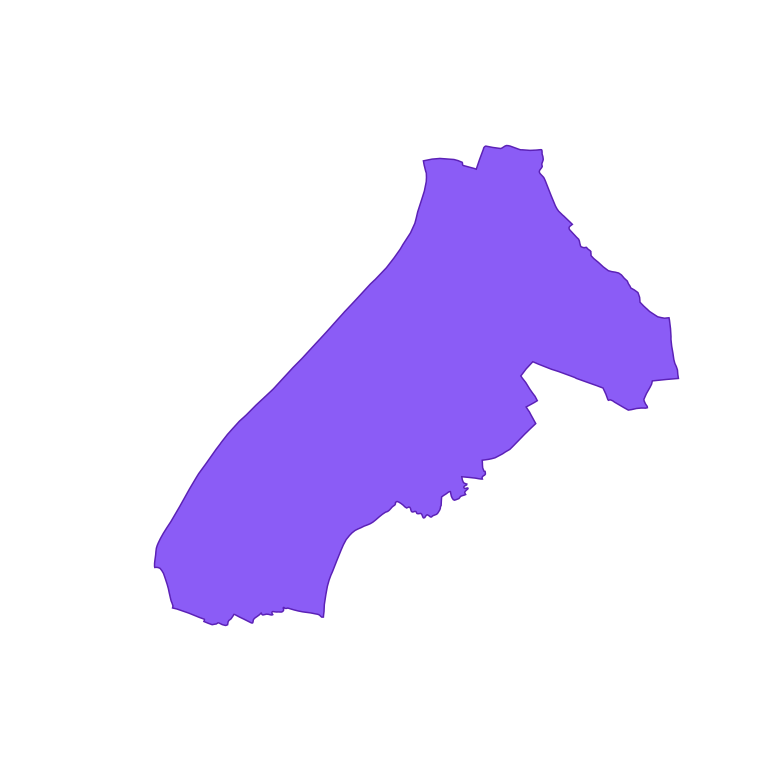 Sa Dec, Can Tho, Vietnam (Albers equal-area conic projection), rotated 245°
{"feature_id": "81297802B46621499872955", "entity_name": "Sa Dec", "entity_type": "district", "adm_level": 2, "iso_a3": "VNM", "parent_name": "Vietnam", "parent_adm1": "Can Tho", "projection": "albers", "projection_center": [105.732, 10.322], "detail": "fine", "context": "isolated", "style": "filled", "palette": "violet", "viewbox_px": 768, "rotation_deg": 245, "n_neighbors": 0, "source": "geoboundaries", "source_scale": "gbopen_adm2", "svg_char_len": 6127}
<svg xmlns="http://www.w3.org/2000/svg" viewBox="0 0 768 768"><g transform="rotate(245 384 384)"><path d="M569.6,514.0L565.4,512.9L559.2,511.7L557.3,511.5L553.3,509.8L549.5,507.8L541.8,502.1L535.9,496.7L525.8,487.3L520.7,483.3L516.6,479.9L509.7,471.8L502.1,459.6L501.7,459.1L499.3,455.6L494.0,446.3L488.3,435.2L482.2,419.6L482.2,419.4L480.4,414.0L471.5,392.3L466.0,378.4L465.7,377.8L462.5,370.2L455.5,353.9L446.0,330.7L441.8,320.5L437.4,308.6L426.3,281.6L424.4,275.9L418.9,259.0L414.1,246.0L411.4,237.2L408.0,229.1L404.5,220.9L399.8,211.7L398.9,210.2L395.7,204.1L387.1,189.1L381.1,178.2L378.4,174.1L370.9,163.1L370.6,162.7L359.4,147.2L349.3,132.6L345.3,126.1L341.8,120.7L338.4,116.0L335.4,112.3L333.5,110.2L331.4,108.3L328.9,106.7L325.6,104.8L321.1,101.9L318.5,100.3L315.8,99.0L314.6,98.7L314.1,100.1L313.1,101.7L311.6,103.1L308.7,103.8L305.5,104.1L300.6,103.6L294.0,102.8L289.8,102.1L285.5,101.1L279.5,99.8L277.4,99.4L275.2,99.3L272.4,99.0L271.5,98.6L270.4,97.7L267.7,101.1L258.9,110.2L250.6,117.9L246.9,121.6L246.6,121.8L245.6,121.2L244.9,120.4L241.7,123.3L238.5,126.5L237.8,129.3L237.4,130.5L237.7,132.7L237.2,133.4L234.3,135.7L232.2,138.2L232.0,138.8L231.9,140.5L234.3,142.2L235.2,143.4L235.8,146.1L237.6,149.2L238.6,150.5L238.2,151.3L233.8,154.6L229.9,157.8L224.3,162.2L223.4,163.0L223.0,163.8L223.1,164.2L224.0,164.9L224.7,165.4L225.3,165.8L225.7,166.2L226.1,167.1L226.6,168.6L226.8,170.0L227.2,172.1L227.4,173.1L227.8,174.4L228.1,175.2L228.3,175.8L226.8,176.0L226.1,176.3L225.8,176.8L225.3,179.1L225.2,180.0L224.8,180.7L224.2,181.8L222.8,183.5L222.2,184.4L222.0,184.9L222.0,185.7L222.9,185.6L223.6,185.6L224.0,185.7L224.6,186.1L224.8,186.6L224.7,187.2L223.7,188.7L222.8,190.2L222.1,191.9L221.3,193.4L220.7,194.6L220.6,195.4L220.7,196.2L221.2,197.2L222.0,197.7L222.8,197.9L223.4,197.9L223.9,198.3L223.9,198.6L223.6,199.0L222.8,199.3L222.4,199.6L222.1,200.2L221.7,201.2L221.7,201.8L221.3,202.5L219.9,204.0L217.1,207.2L214.5,210.4L211.8,214.1L207.6,220.7L204.5,224.9L203.4,226.5L202.6,227.3L201.8,227.9L200.5,228.4L199.5,228.8L199.0,229.1L198.7,229.8L198.5,230.4L198.4,230.6L200.0,231.5L203.2,233.5L209.3,236.7L217.7,242.3L224.6,247.2L229.6,251.5L233.1,255.0L235.7,258.0L243.6,266.3L251.5,274.8L255.4,279.2L259.0,284.0L261.3,288.7L262.6,292.1L263.5,295.9L263.6,298.8L263.5,302.5L263.6,305.9L263.3,309.5L263.2,312.5L263.5,315.5L264.3,318.9L265.6,323.4L266.6,327.4L267.2,331.3L267.0,332.5L267.0,333.8L267.4,335.5L268.1,337.2L269.1,339.5L269.5,341.3L269.7,342.6L270.5,343.7L271.6,344.2L272.0,345.2L272.0,346.2L270.7,347.5L268.4,349.0L265.8,350.3L264.0,350.9L262.1,352.1L262.0,353.4L262.0,354.5L261.3,355.3L259.9,355.4L258.5,355.1L257.1,355.0L256.2,355.4L255.8,356.1L255.6,357.2L255.5,358.2L254.9,359.0L253.6,359.1L252.8,359.1L252.0,360.0L251.5,361.6L251.2,362.6L250.1,363.1L249.0,363.1L247.4,363.0L246.4,363.0L245.8,363.4L245.7,364.4L246.3,365.5L247.1,366.7L247.2,367.9L246.4,368.5L245.4,369.2L244.2,369.7L243.5,370.4L243.5,371.2L243.9,372.3L243.9,373.3L243.7,376.6L244.1,377.9L245.1,379.5L246.3,381.3L247.5,382.5L248.9,383.3L249.7,384.4L254.6,387.0L257.3,388.5L257.8,391.0L258.2,394.2L258.7,396.3L258.8,397.6L258.7,398.1L258.4,398.7L256.5,398.2L253.8,397.6L251.8,397.6L249.9,397.9L248.9,398.8L248.7,400.3L248.6,402.1L248.5,403.4L249.0,404.5L249.8,405.9L249.7,407.8L249.4,409.7L249.3,411.3L250.7,411.2L251.8,411.4L252.5,412.5L253.1,414.3L253.5,415.7L254.0,416.1L254.6,415.6L255.0,413.4L255.6,412.8L256.5,412.6L257.1,413.0L257.5,414.0L257.6,415.1L257.6,416.2L258.3,416.8L259.1,415.9L260.3,414.8L261.3,414.4L262.5,414.4L263.9,414.5L266.4,415.1L267.1,415.3L263.2,421.9L260.1,427.0L258.2,429.7L256.9,431.7L256.3,433.0L257.5,433.2L258.3,433.9L258.8,435.3L258.9,436.7L259.5,437.8L260.6,438.3L262.1,438.7L262.7,437.8L266.3,438.0L269.0,439.0L270.6,439.7L273.4,440.8L271.5,447.0L270.8,450.0L270.2,453.4L270.3,455.9L270.6,462.0L271.1,465.2L271.6,470.5L273.4,475.5L276.1,482.6L278.9,489.9L281.5,497.3L284.0,504.8L294.6,504.1L297.1,504.0L301.6,503.3L303.1,503.1L303.4,508.0L303.7,512.5L304.1,515.9L308.9,515.7L313.1,514.8L317.6,514.0L325.4,513.1L331.0,511.8L333.5,511.4L335.4,515.1L337.6,519.2L339.8,524.6L341.3,528.3L336.7,532.4L331.0,537.8L326.6,542.0L321.7,547.3L313.0,556.0L309.1,559.8L307.9,560.6L299.1,569.5L293.3,575.4L287.8,580.8L281.0,580.8L275.3,580.3L274.4,580.5L274.1,582.3L272.2,584.1L270.1,585.3L261.4,591.3L257.1,594.4L256.2,597.4L255.1,602.5L253.5,607.0L251.5,611.1L251.2,612.7L252.4,613.1L255.3,612.6L258.7,612.6L260.3,613.1L264.4,617.8L268.5,623.6L270.8,626.5L273.4,628.5L268.8,641.8L264.6,653.2L268.4,654.3L272.7,655.9L276.3,656.3L279.7,656.3L283.6,657.0L289.9,658.9L296.6,660.7L303.1,662.9L305.8,664.2L313.2,667.1L321.2,669.7L323.6,670.3L325.1,666.0L327.1,663.2L329.3,660.4L337.4,655.4L345.2,652.2L349.9,650.6L354.5,652.3L359.5,652.8L363.5,650.6L366.7,648.3L368.8,648.3L371.5,647.9L374.5,648.0L378.4,646.4L382.5,645.3L385.4,643.6L387.6,640.9L389.6,637.9L391.9,635.2L397.5,632.2L402.9,630.0L409.1,627.1L412.5,626.0L413.3,626.0L414.3,626.6L415.7,626.9L416.2,627.4L416.4,627.4L416.8,627.4L417.2,627.3L417.4,627.3L420.1,625.9L420.7,625.6L421.1,625.5L421.8,625.4L422.1,625.3L422.3,625.2L422.5,624.7L422.8,623.7L422.9,623.0L423.7,622.0L424.8,620.9L425.4,620.5L426.1,620.5L428.6,620.9L431.0,621.5L432.9,621.6L435.8,620.5L444.2,617.8L445.5,617.4L446.4,617.4L447.0,617.6L447.5,617.8L448.1,618.5L448.4,619.2L448.9,621.4L449.1,622.2L460.5,617.8L461.5,617.3L466.8,615.3L469.6,614.8L472.9,614.6L484.3,615.1L500.3,616.1L502.8,616.1L503.9,616.0L508.7,614.4L510.0,614.3L510.7,614.4L511.9,615.4L513.5,618.4L514.2,619.3L515.6,619.7L516.3,619.8L517.0,620.2L519.5,622.7L520.4,623.3L521.0,623.5L522.9,624.1L525.7,624.5L527.4,625.3L528.8,625.8L529.4,625.8L529.7,625.8L530.1,625.2L531.7,620.7L534.0,615.1L537.7,608.5L538.6,606.7L539.6,605.6L546.4,598.8L547.6,597.2L548.4,595.7L548.5,594.1L548.0,590.5L548.1,589.3L549.5,587.1L552.4,582.6L556.1,577.5L556.6,576.8L556.6,575.8L556.3,575.0L555.8,574.1L554.8,573.3L547.0,565.4L539.7,558.4L541.1,557.0L548.6,548.1L549.4,547.9L550.0,548.0L551.0,548.5L552.0,548.5L552.9,547.6L555.1,545.6L557.9,542.3L564.8,530.0L567.5,522.6L569.6,514.0Z" fill="#8b5cf6" stroke="#5b21b6" stroke-width="1.5"/></g></svg>